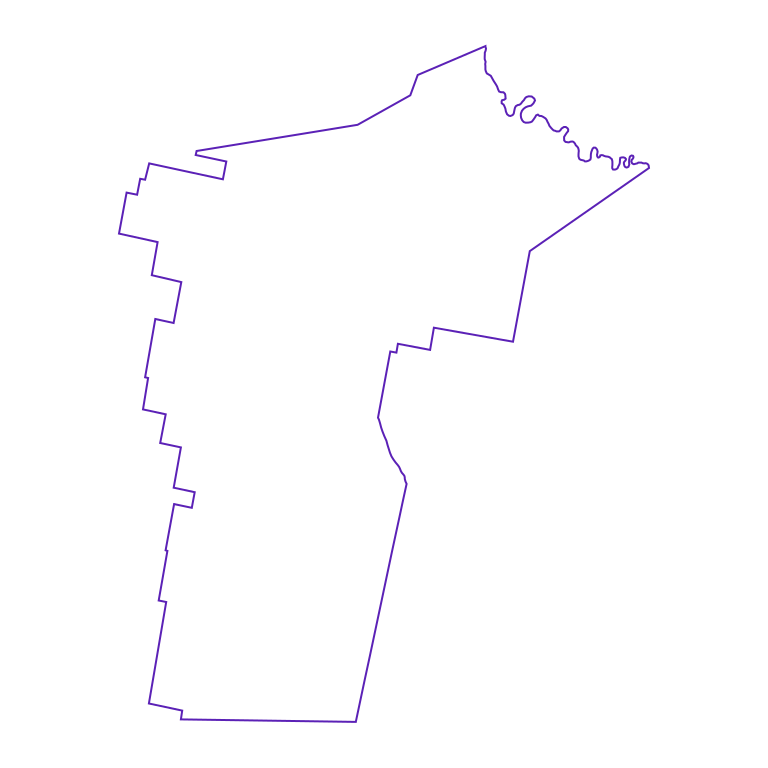 the district of Loreto, Santiago del Estero, Argentina
{"feature_id": "61730980B13568432968305", "entity_name": "Loreto", "entity_type": "district", "adm_level": 2, "iso_a3": "ARG", "parent_name": "Argentina", "parent_adm1": "Santiago del Estero", "projection": "natural_earth1", "projection_center": [-64.074, -28.643], "detail": "fine", "context": "isolated", "style": "outline", "palette": "violet", "viewbox_px": 768, "rotation_deg": 0, "n_neighbors": 0, "source": "geoboundaries", "source_scale": "gbopen_adm2", "svg_char_len": 3584}
<svg xmlns="http://www.w3.org/2000/svg" viewBox="0 0 768 768"><path d="M180.9,719.4L355.8,721.9L364.5,680.8L369.8,656.3L375.4,629.9L381.0,603.5L392.2,550.6L399.4,517.3L402.7,501.8L406.6,483.9L405.5,481.5L404.8,479.0L404.7,477.1L404.3,475.7L403.2,474.3L401.8,472.7L400.8,470.9L400.0,468.8L399.1,466.9L397.8,465.1L395.6,462.5L393.5,459.6L391.5,456.4L390.0,452.8L387.6,445.2L386.4,440.7L384.4,436.3L382.5,431.5L381.2,427.7L380.0,423.1L378.9,419.5L378.0,417.7L390.3,351.5L396.4,352.6L397.9,343.8L430.1,349.9L433.9,327.7L468.9,333.9L497.6,339.0L513.0,341.7L529.8,251.1L649.0,168.0L648.6,165.3L647.5,163.9L645.8,163.2L644.2,163.4L642.7,163.2L641.5,162.6L639.8,162.6L638.3,162.6L637.4,163.3L635.8,163.7L634.4,164.1L633.4,164.1L632.1,163.3L631.4,161.7L631.7,159.9L632.6,159.0L633.4,157.7L633.4,156.5L633.0,155.8L631.6,155.5L630.6,156.0L629.9,156.7L629.6,157.6L629.2,159.5L629.1,161.4L629.1,163.0L629.3,164.5L628.9,165.5L628.5,166.7L627.5,167.3L626.3,167.5L625.0,166.8L624.4,165.8L623.9,163.8L623.9,162.4L624.7,161.3L625.6,160.4L626.0,159.1L625.0,157.9L623.6,157.4L622.0,157.4L620.3,157.8L620.0,159.3L619.9,161.2L619.8,162.9L619.4,164.4L618.2,166.6L617.7,168.0L616.6,169.0L615.4,169.5L614.3,169.6L613.0,169.5L612.3,168.4L612.2,167.0L612.4,165.2L612.4,162.1L612.3,160.9L611.8,159.1L610.5,158.1L609.7,157.3L608.1,156.7L605.7,156.4L604.3,156.0L603.0,155.3L601.7,155.1L600.3,155.4L600.0,156.6L599.2,157.3L598.2,157.6L597.3,156.6L597.0,154.8L597.4,153.1L597.6,151.5L597.1,149.7L596.3,148.5L595.4,147.7L593.8,147.6L592.7,148.5L592.1,149.9L591.3,152.0L590.9,154.1L590.8,156.1L590.8,157.7L590.4,159.5L589.3,160.3L587.8,161.0L586.2,161.4L584.9,161.4L583.8,160.5L582.0,160.1L580.4,159.7L579.2,158.7L578.5,156.4L578.5,154.5L578.6,152.6L578.8,151.0L578.5,149.1L578.0,147.6L577.0,146.4L575.8,145.3L575.0,143.6L574.1,142.5L573.3,141.8L572.3,141.5L570.4,141.7L569.0,142.3L568.0,142.3L565.5,141.9L564.2,140.5L564.1,138.3L564.1,136.9L565.4,134.8L566.9,132.6L568.1,131.2L568.2,129.4L567.6,128.3L565.8,127.0L563.9,127.0L561.6,128.5L560.4,130.2L559.2,131.3L558.5,131.4L556.5,131.4L555.2,130.8L553.6,130.4L552.5,129.4L551.0,127.8L549.4,125.8L548.6,123.8L547.5,121.8L546.6,119.8L545.5,118.4L543.2,116.9L541.4,116.0L539.4,115.9L537.9,114.6L536.2,115.3L535.1,117.2L533.6,119.4L532.0,121.5L530.6,122.2L528.4,122.6L525.6,122.7L523.7,122.0L522.2,120.3L521.1,117.8L520.8,115.4L520.9,113.5L522.0,110.7L523.6,108.8L525.6,107.3L527.7,106.4L531.2,105.6L533.4,103.4L535.0,100.5L534.3,98.6L531.7,96.5L528.7,96.3L526.4,97.0L524.9,98.4L524.1,99.9L522.3,101.8L521.0,103.6L519.6,104.7L517.6,105.1L515.8,106.2L515.0,107.7L514.7,108.8L514.2,111.2L513.7,113.7L512.6,115.1L510.4,116.0L508.9,115.7L507.1,114.3L505.9,111.5L505.4,108.7L504.5,106.4L503.6,104.6L501.7,103.3L501.6,101.3L502.1,100.2L504.3,99.7L505.6,98.6L505.3,95.0L504.9,93.7L503.5,92.3L500.8,92.2L499.1,91.5L498.1,89.4L497.1,86.5L495.9,84.4L493.7,81.0L490.8,75.8L488.5,74.4L486.8,73.4L485.8,71.2L485.4,69.5L485.4,65.9L485.2,64.0L485.6,61.8L484.7,59.1L484.7,56.9L484.8,54.5L484.8,52.7L485.6,50.7L486.0,48.6L485.4,46.5L485.4,46.1L417.7,75.0L410.3,95.3L390.1,106.6L357.6,124.8L317.2,131.4L196.6,151.0L195.7,155.0L226.3,161.5L224.6,170.5L222.9,179.3L191.3,172.5L149.2,163.4L145.1,179.7L140.2,178.8L137.1,194.7L126.6,192.6L119.0,233.6L157.6,242.1L151.8,275.2L181.3,282.1L173.6,323.0L155.3,319.0L145.1,377.3L148.1,378.0L143.0,409.4L165.7,414.3L160.2,443.0L180.9,447.4L173.7,487.7L194.7,492.2L191.8,507.8L174.1,504.1L165.6,550.3L167.4,550.9L161.9,582.3L158.7,600.5L166.2,602.0L154.6,670.1L148.9,703.5L182.2,710.6L180.9,719.4Z" fill="none" stroke="#5b21b6" stroke-width="2"/></svg>